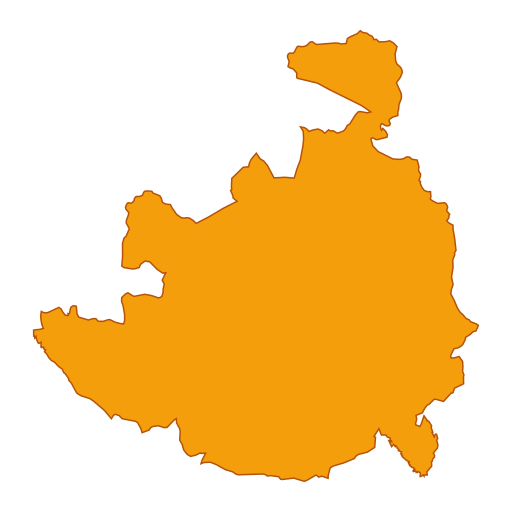 Mixtla de Altamirano, Veracruz, Mexico
{"feature_id": "50627088B84578837711437", "entity_name": "Mixtla de Altamirano", "entity_type": "district", "adm_level": 2, "iso_a3": "MEX", "parent_name": "Mexico", "parent_adm1": "Veracruz", "projection": "natural_earth1", "projection_center": [-96.977, 18.601], "detail": "fine", "context": "isolated", "style": "filled", "palette": "amber", "viewbox_px": 512, "rotation_deg": 0, "n_neighbors": 0, "source": "geoboundaries", "source_scale": "gbopen_adm2", "svg_char_len": 6017}
<svg xmlns="http://www.w3.org/2000/svg" viewBox="0 0 512 512"><path d="M293.6,478.1L304.2,481.3L306.4,480.6L315.9,475.1L317.4,475.8L318.6,477.1L321.9,476.2L328.1,478.3L328.2,475.5L330.2,467.8L333.6,465.9L343.8,462.9L354.4,458.5L355.7,456.4L358.2,454.5L367.5,452.1L374.7,447.4L375.5,437.2L374.0,436.5L378.9,428.7L381.4,435.0L385.7,435.0L387.5,437.1L390.3,438.2L390.0,439.8L391.5,441.0L391.7,441.7L388.9,440.8L391.6,446.6L393.6,444.4L395.2,446.5L395.7,445.7L397.5,447.9L397.3,448.3L398.9,449.7L398.4,450.6L401.5,451.9L400.8,453.8L401.9,454.4L401.5,455.1L402.5,456.1L402.2,456.6L406.6,460.5L409.3,461.7L409.0,463.0L408.5,462.9L409.6,465.4L410.1,465.2L410.0,465.7L412.1,467.6L412.8,467.4L414.4,468.6L413.0,471.1L413.3,471.5L414.8,470.2L415.0,471.3L415.8,471.2L416.1,472.2L416.5,471.9L417.2,472.6L418.1,471.6L419.9,472.6L420.4,473.3L420.1,476.5L421.3,476.3L423.1,475.0L424.0,476.1L424.0,475.0L427.2,475.0L426.9,471.8L431.7,466.1L431.5,461.9L432.2,461.3L432.8,458.8L434.5,457.0L434.6,455.4L433.4,453.1L437.4,448.0L437.9,445.0L436.7,440.2L437.7,438.3L436.5,434.2L435.3,434.2L434.2,436.9L432.1,432.5L432.8,432.2L431.2,427.7L431.6,425.7L428.7,421.2L427.0,420.8L427.2,420.3L424.0,415.8L421.3,423.9L419.9,426.5L415.7,424.8L415.6,423.6L416.7,419.2L416.0,415.4L422.4,412.8L424.5,408.7L427.1,405.2L429.1,404.3L433.7,399.7L435.1,399.1L443.6,401.4L451.1,393.1L452.9,392.9L454.6,388.1L463.6,383.8L463.5,376.9L463.9,374.8L462.6,371.4L462.9,366.9L462.6,361.5L459.1,356.5L453.2,358.1L451.0,357.8L450.7,355.4L454.0,348.7L458.0,347.9L461.0,346.2L462.8,344.5L465.0,340.2L465.7,337.3L470.3,334.4L472.9,331.8L476.0,330.9L478.4,325.4L476.3,323.9L470.6,321.7L469.1,319.8L466.1,318.5L462.7,314.5L460.1,312.2L457.6,308.4L454.2,300.4L450.8,293.8L451.4,289.4L453.1,284.5L451.5,277.2L453.0,267.7L452.8,259.7L454.7,255.0L454.6,252.7L456.0,250.5L454.7,238.7L453.1,229.5L453.0,225.2L448.6,222.8L446.7,220.6L448.7,218.2L449.0,215.4L449.7,214.3L446.6,210.8L447.7,207.2L446.4,204.1L444.6,202.7L437.6,203.4L432.6,200.9L430.2,199.1L430.9,196.7L430.5,191.6L427.5,191.7L424.2,190.4L421.9,187.3L420.2,183.3L420.5,181.6L419.0,180.4L420.5,176.1L420.5,173.8L418.7,171.0L418.6,168.1L419.0,167.0L417.2,160.1L411.8,159.2L409.6,157.1L406.6,156.9L403.3,158.8L399.8,159.4L392.8,158.9L378.2,151.6L372.8,145.9L370.9,138.9L371.7,138.0L373.5,138.1L375.9,139.6L377.5,139.6L387.0,137.2L387.4,134.7L385.7,131.3L382.8,128.4L381.5,130.3L380.6,128.2L380.5,125.8L381.0,124.4L382.0,123.6L385.2,125.5L387.6,125.9L389.5,125.4L390.3,123.8L389.1,120.8L389.3,119.5L392.5,117.2L397.9,115.5L397.8,112.0L398.6,109.4L399.0,104.5L401.3,98.5L401.5,96.0L401.0,93.0L396.4,82.8L400.3,77.4L402.3,72.4L401.9,69.9L400.6,67.4L396.8,63.8L395.7,61.1L395.1,53.9L397.0,46.6L393.4,42.9L389.8,40.8L385.3,41.7L379.1,41.9L376.3,39.3L373.8,39.6L373.1,37.6L371.8,36.1L369.3,35.0L367.1,33.3L362.6,32.4L360.3,30.7L357.2,33.7L350.4,36.7L347.4,38.5L346.2,43.5L341.1,44.0L338.7,43.2L335.1,43.0L316.3,44.5L312.2,41.7L309.9,42.2L307.4,44.8L305.1,46.2L302.2,46.7L298.0,46.2L296.8,47.3L294.1,52.5L292.9,53.2L289.8,53.1L288.3,54.0L287.5,55.8L287.6,57.5L289.2,61.7L288.0,66.6L290.5,68.1L293.1,68.9L296.8,73.0L296.7,77.2L297.3,78.3L317.4,83.1L329.0,89.4L361.8,105.7L370.7,111.9L367.2,112.8L360.0,111.5L358.0,112.0L355.2,115.2L349.8,123.9L347.3,125.4L345.6,128.7L343.4,131.0L338.7,132.8L337.2,133.1L333.1,130.7L330.6,131.0L328.6,129.8L325.1,132.9L324.4,133.1L322.5,131.0L318.1,129.0L313.2,129.9L308.9,131.4L306.9,129.2L304.6,127.7L300.5,126.9L303.2,131.2L303.6,138.9L303.1,144.8L300.3,160.1L296.8,169.3L294.2,178.1L284.9,177.3L274.0,177.9L267.4,165.4L263.6,160.9L260.2,158.9L256.3,153.2L251.0,159.6L249.3,163.4L248.6,166.8L243.2,167.3L231.8,178.4L231.4,187.1L231.8,189.3L230.6,190.5L232.9,195.7L233.1,198.0L237.1,201.3L223.8,208.0L208.9,216.8L196.2,223.4L193.1,220.4L189.3,218.1L187.5,217.7L183.3,218.1L180.9,217.5L179.1,216.2L176.6,214.4L171.9,207.6L170.4,204.6L165.7,204.0L163.3,202.9L162.3,201.9L161.3,198.2L159.7,195.7L153.2,193.2L151.8,191.3L146.9,190.9L144.5,191.4L143.6,192.5L142.5,195.3L139.3,196.5L136.5,196.5L135.5,197.0L134.3,198.9L134.2,200.4L132.3,202.6L130.7,203.3L128.4,202.7L127.4,203.2L126.3,204.9L125.5,207.5L126.1,209.4L128.8,212.7L128.2,215.5L126.4,220.2L126.2,223.0L129.0,228.1L129.1,229.3L126.1,236.2L123.9,238.3L122.5,243.6L122.6,256.2L121.8,266.0L123.8,267.5L125.7,267.9L132.7,269.0L134.9,268.8L139.1,267.6L140.6,264.3L144.8,261.2L146.0,261.0L147.8,261.7L149.5,261.6L157.3,269.5L162.8,273.2L165.7,272.8L162.2,280.1L164.2,284.0L163.0,289.9L163.2,291.6L161.9,296.2L160.4,297.4L158.5,297.9L151.4,295.5L144.7,294.3L133.9,296.4L127.9,292.8L125.5,293.9L121.7,297.6L121.6,301.4L123.0,305.5L124.6,314.4L124.6,320.6L123.6,323.9L120.6,323.6L114.9,322.1L109.9,319.6L107.7,319.8L103.5,321.3L99.4,321.3L98.0,321.1L95.9,318.7L93.0,318.6L88.4,320.0L78.7,317.1L77.0,313.6L76.3,306.2L73.4,305.7L71.3,306.8L70.5,308.2L69.4,313.7L68.0,313.5L68.2,315.3L67.7,315.7L65.0,314.9L62.5,311.7L61.2,309.1L58.9,307.4L48.0,312.5L45.6,312.9L43.0,312.4L41.3,311.4L40.7,316.2L41.1,320.4L41.9,324.7L43.4,328.4L40.1,329.3L33.6,330.1L33.7,335.9L34.2,335.7L34.8,338.1L36.1,336.4L36.3,338.6L37.9,342.7L38.9,343.4L41.1,342.3L41.0,346.6L41.4,346.3L41.9,347.6L43.6,347.2L44.1,349.3L45.6,350.0L44.5,351.7L46.6,353.8L48.7,357.5L51.4,360.5L54.5,362.1L58.6,366.5L62.1,369.0L63.9,372.8L65.4,373.9L68.0,377.6L68.8,379.2L68.8,380.3L71.4,383.2L76.4,392.5L77.6,393.7L81.4,395.9L89.6,398.5L93.7,401.2L104.4,410.4L111.4,418.7L113.6,415.1L115.4,414.3L119.3,415.7L122.1,418.7L135.5,421.3L137.6,422.6L140.8,428.5L142.1,432.7L149.2,430.0L150.1,428.4L151.6,427.0L153.8,426.3L158.5,425.8L164.5,427.7L167.1,427.4L173.9,420.2L176.3,418.6L176.6,422.9L179.6,428.6L180.2,431.4L179.7,440.1L182.2,444.5L183.7,449.9L186.3,453.3L187.5,454.6L190.7,456.4L196.1,455.0L200.1,453.0L201.3,453.4L205.6,453.2L202.2,459.9L201.0,463.7L204.0,462.5L210.2,462.2L216.4,464.6L225.3,469.6L232.6,471.8L236.1,474.2L238.4,474.8L263.1,474.0L265.6,474.7L267.3,476.0L270.7,475.6L278.6,476.7L280.6,479.2L282.1,479.5L293.6,478.1Z" fill="#f59e0b" stroke="#b45309" stroke-width="1.5"/></svg>